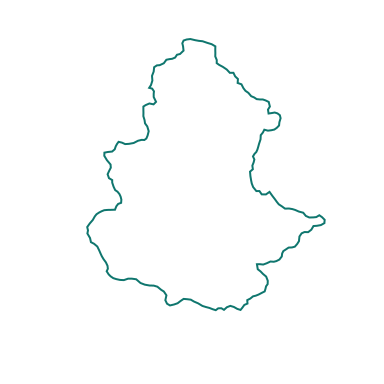 Santo Antônio do Amparo, Minas Gerais, Brazil, rotated 141°
{"feature_id": "56859067B88751965199832", "entity_name": "Santo Antônio do Amparo", "entity_type": "district", "adm_level": 2, "iso_a3": "BRA", "parent_name": "Brazil", "parent_adm1": "Minas Gerais", "projection": "robinson", "projection_center": [-44.951, -20.918], "detail": "fine", "context": "isolated", "style": "outline", "palette": "teal", "viewbox_px": 384, "rotation_deg": 141, "n_neighbors": 0, "source": "geoboundaries", "source_scale": "gbopen_adm2", "svg_char_len": 3272}
<svg xmlns="http://www.w3.org/2000/svg" viewBox="0 0 384 384"><g transform="rotate(141 192 192)"><path d="M305.7,172.0L303.3,169.0L300.4,166.4L296.3,164.9L293.2,162.4L290.3,159.3L289.3,153.7L287.0,149.7L283.7,145.9L280.7,143.4L278.5,140.2L277.5,135.3L276.5,132.4L276.9,127.8L280.8,124.7L281.7,120.9L280.5,117.7L276.8,115.9L273.2,114.6L269.6,114.5L265.8,114.2L263.4,111.9L260.7,109.1L259.4,105.6L257.3,101.6L255.6,96.9L253.6,93.9L251.4,90.9L249.7,87.9L247.9,85.2L244.8,85.1L242.3,83.1L241.3,80.3L237.4,80.5L233.9,79.4L231.8,76.3L230.4,72.7L228.5,69.8L225.7,70.4L222.4,71.3L219.1,70.4L217.1,73.2L213.8,72.5L210.2,72.5L207.7,71.3L204.8,70.4L200.8,69.6L198.1,69.0L196.0,70.4L193.8,72.1L191.2,72.8L189.0,75.3L187.6,79.6L188.4,83.7L188.7,87.2L189.5,90.6L187.0,95.0L184.8,93.3L182.3,90.8L178.8,89.6L174.8,88.6L172.3,86.3L169.9,85.2L166.6,84.5L162.8,85.4L160.6,87.5L158.2,88.6L155.3,88.3L151.9,88.0L149.2,86.0L146.5,84.8L143.0,85.4L139.8,86.5L136.5,89.8L132.8,90.9L129.8,90.1L127.0,87.7L123.0,87.6L119.0,89.1L116.3,87.2L112.7,85.2L108.7,84.5L106.4,86.9L106.8,90.7L107.7,93.8L111.2,94.3L113.8,96.0L116.9,98.4L118.6,101.8L118.6,105.9L121.3,109.6L123.1,113.1L124.7,115.5L126.9,118.0L130.2,120.6L131.2,124.4L132.3,127.8L132.3,131.0L132.1,134.2L132.0,138.2L131.7,143.3L136.1,143.6L139.3,146.3L139.0,150.3L141.4,152.2L141.4,157.3L140.2,161.0L138.7,163.9L136.6,167.6L134.1,171.3L130.4,171.4L128.5,174.5L125.5,176.2L123.1,178.0L122.2,181.3L119.4,182.3L116.9,182.6L114.5,183.8L112.0,185.5L109.5,187.3L105.6,189.8L102.8,192.9L99.5,193.6L96.6,194.9L94.4,191.9L91.5,190.1L88.7,188.7L85.7,188.5L82.5,188.9L80.2,191.2L76.7,193.6L75.4,196.4L76.1,199.3L77.7,201.7L80.4,203.2L83.1,204.8L81.1,208.2L77.7,209.4L75.7,213.7L77.2,216.9L78.7,219.3L81.1,221.3L83.3,223.5L84.2,226.4L85.7,229.2L85.8,233.6L86.8,237.0L86.7,240.3L85.8,244.6L87.9,248.0L85.2,250.9L85.7,254.7L84.8,258.6L87.6,260.8L87.9,265.3L89.3,269.9L90.9,273.7L91.7,276.6L89.7,279.0L88.6,282.7L86.4,285.3L84.4,287.9L82.2,290.5L83.7,294.5L86.4,298.5L88.9,302.5L91.5,305.1L94.0,308.0L97.0,311.9L100.2,313.9L103.2,315.0L105.9,313.7L107.3,310.8L109.6,307.2L114.5,306.8L117.3,308.1L120.5,307.1L123.6,308.0L126.0,309.5L128.7,310.9L132.9,309.8L137.3,310.9L139.6,312.5L142.9,312.8L146.0,309.7L150.0,307.4L152.7,303.5L156.6,300.9L159.7,299.9L157.9,297.4L158.2,294.2L160.0,292.4L162.0,289.9L163.2,284.7L166.7,284.3L169.4,287.6L173.3,288.7L176.0,289.0L177.8,286.8L179.9,284.1L182.1,281.5L183.6,277.8L185.3,274.9L185.5,271.1L187.4,266.5L191.0,263.8L193.8,262.3L196.3,262.4L198.3,264.2L201.7,265.8L206.5,266.8L210.7,269.1L213.8,271.3L215.4,274.5L217.5,277.2L220.1,276.5L222.5,275.5L225.2,273.8L228.6,273.7L232.3,276.1L235.3,277.7L237.4,275.3L238.1,270.2L238.0,264.6L239.8,262.0L243.2,260.5L246.4,258.9L247.8,255.0L246.5,251.5L248.1,249.5L249.6,245.5L250.5,241.8L249.7,239.1L249.7,236.0L250.4,233.3L251.7,230.5L253.9,228.2L256.9,229.2L259.8,228.5L263.0,226.7L266.3,229.2L269.0,231.3L271.7,233.1L274.3,233.9L277.1,234.5L280.2,234.8L282.9,234.2L286.7,232.7L291.2,231.9L295.5,230.7L297.0,227.6L299.4,225.6L300.2,220.4L302.1,216.6L300.7,213.4L299.9,209.2L300.9,204.9L301.8,201.7L302.5,198.9L303.0,195.6L303.2,191.5L304.1,187.8L305.7,185.3L308.2,184.1L308.6,180.4L308.3,177.6L307.4,174.6L305.7,172.0Z" fill="none" stroke="#0f766e" stroke-width="2"/></g></svg>